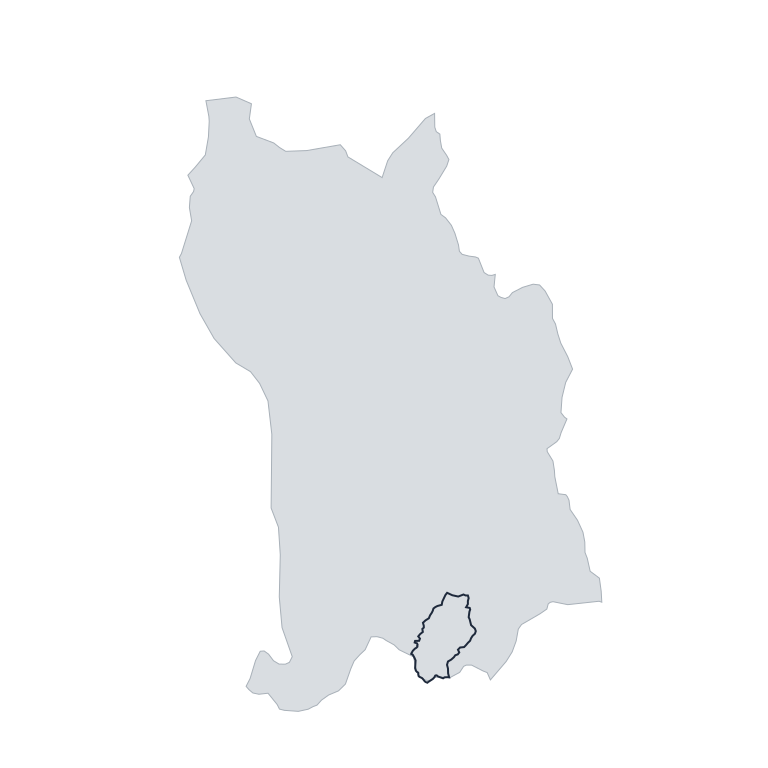 Pernik highlighted on a map of Bulgaria, rotated 260°
{"feature_id": "BGR-2245", "entity_name": "Pernik", "entity_type": "Province", "adm_level": 1, "iso_a3": "BGR", "parent_name": "Bulgaria", "parent_adm1": "", "projection": "natural_earth1", "projection_center": [22.785, 42.63], "detail": "fine", "context": "in_parent", "style": "outline", "palette": "slate", "viewbox_px": 768, "rotation_deg": 260, "n_neighbors": 0, "source": "natural_earth", "source_scale": "10m", "svg_char_len": 3504}
<svg xmlns="http://www.w3.org/2000/svg" viewBox="0 0 768 768"><g transform="rotate(260 384 384)"><path d="M641.7,480.8L628.1,478.6L623.4,479.3L620.4,482.4L614.1,481.8L606.3,481.8L598.3,485.4L593.8,486.9L587.7,483.6L576.4,473.7L569.4,466.9L564.3,465.2L559.3,467.2L541.1,469.5L536.9,473.5L528.6,477.9L520.1,480.0L508.0,481.5L501.6,481.3L498.1,483.5L495.2,489.9L493.2,496.2L491.5,498.8L476.4,501.9L473.1,505.5L472.2,509.1L472.6,512.6L460.5,509.2L451.2,511.5L449.0,514.2L447.1,518.1L448.2,522.3L451.7,526.3L455.1,537.2L456.4,548.2L454.5,554.4L447.6,558.8L433.3,563.7L419.4,561.3L413.3,563.3L403.0,563.9L393.5,565.2L379.0,569.7L365.9,572.3L354.0,563.2L339.9,557.0L325.1,553.3L320.0,556.0L317.8,558.1L305.4,550.0L299.9,547.2L297.2,544.1L292.0,533.3L289.0,533.0L278.8,537.0L269.1,536.8L263.1,536.1L245.7,536.5L243.4,543.8L241.2,545.0L237.4,546.0L228.1,545.5L216.2,550.9L203.5,554.2L193.5,554.3L183.2,552.7L177.1,553.9L163.8,554.5L155.4,562.4L142.3,561.9L131.3,560.6L132.7,558.1L134.8,526.6L140.3,512.6L140.1,509.7L138.9,507.5L134.1,505.3L130.6,497.7L123.3,477.7L119.3,473.7L107.9,469.5L97.9,463.7L89.5,456.1L74.1,437.4L81.9,435.5L84.2,431.7L92.0,421.4L92.9,416.3L92.1,413.4L86.9,408.5L83.3,397.7L86.0,387.6L86.3,382.4L83.7,377.2L86.4,370.8L92.0,367.3L95.5,366.3L110.3,365.6L119.6,352.8L125.3,348.7L131.1,341.5L133.8,338.8L136.4,333.2L137.2,327.4L125.6,319.3L121.6,313.2L116.4,306.5L109.4,301.9L95.2,293.9L89.7,285.9L87.3,275.4L83.5,267.5L79.4,262.3L78.6,258.1L76.9,252.9L76.5,242.8L79.9,229.3L82.0,224.6L86.8,223.2L99.6,216.1L100.2,206.9L102.5,201.2L106.5,197.9L110.2,195.7L117.2,201.0L134.0,209.5L142.3,215.7L141.9,219.6L138.0,223.4L130.7,227.1L126.4,232.0L125.2,238.2L126.3,242.5L131.4,246.3L161.8,241.3L192.5,243.9L233.8,252.2L261.3,255.2L281.5,251.3L319.0,258.3L353.9,264.8L387.5,266.8L406.2,261.6L419.3,254.7L430.5,241.7L458.3,224.6L485.2,215.0L520.6,207.2L544.3,204.5L547.7,207.2L578.1,222.9L591.6,223.0L602.5,225.8L606.6,229.9L609.4,231.0L623.7,227.1L630.3,235.7L640.6,247.8L657.8,254.0L673.1,257.5L677.9,258.0L693.9,257.8L692.3,288.1L683.0,302.1L668.4,297.4L650.0,301.3L640.5,317.3L635.1,322.1L630.2,327.6L627.3,348.4L627.2,382.5L620.3,386.7L613.9,387.9L587.6,418.0L603.2,426.4L610.2,432.8L621.8,450.7L638.3,470.9L641.7,480.8Z" fill="#d9dde1" stroke="#a8b0b8" stroke-width="1"/><path d="M106.3,367.1L109.3,366.4L112.4,365.3L113.5,363.9L114.1,364.3L116.3,366.1L118.0,368.5L118.6,370.1L119.5,371.3L120.4,371.2L121.2,371.8L122.8,371.5L124.1,369.3L125.6,370.0L125.0,374.0L127.0,375.2L129.5,373.9L131.4,376.1L133.1,379.2L136.1,379.2L137.2,380.9L139.0,381.2L142.1,380.9L144.0,383.8L145.5,387.5L148.2,389.2L150.5,391.4L152.3,392.7L154.3,393.7L155.4,395.8L156.1,398.1L156.5,402.5L159.7,403.7L165.6,407.9L167.4,409.9L164.1,414.6L161.8,420.2L162.9,425.7L161.6,427.6L161.2,429.9L158.4,430.2L155.7,428.9L152.7,428.4L149.9,426.1L148.6,429.5L146.9,429.7L145.0,428.6L139.6,426.9L137.4,427.5L131.4,427.9L127.4,431.0L124.7,431.5L122.3,430.2L120.6,427.5L118.4,425.5L116.2,424.2L114.6,421.8L112.6,419.4L111.0,417.2L111.3,413.2L109.5,410.7L106.6,411.5L104.9,409.7L104.5,407.1L102.8,405.4L100.9,402.3L99.6,398.8L96.5,397.3L92.7,397.6L87.9,396.9L83.8,397.2L84.2,395.9L84.6,392.8L83.9,391.1L86.5,386.5L87.9,385.3L88.0,384.9L88.0,384.5L88.0,384.1L87.9,383.8L86.4,382.7L85.0,380.8L82.7,375.4L82.3,374.9L82.5,374.5L82.8,374.0L83.4,373.1L84.3,372.4L86.8,371.1L87.9,370.3L89.4,368.1L90.3,367.4L91.7,367.3L93.5,367.6L94.2,367.2L94.7,366.5L96.1,365.6L98.8,365.3L106.3,367.1Z" fill="none" stroke="#1e293b" stroke-width="2"/></g></svg>